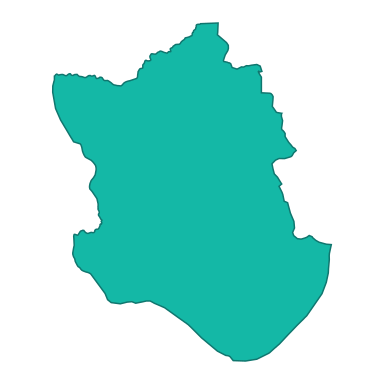 Wusab As Safil, Dhamar, Yemen (Albers equal-area conic projection)
{"feature_id": "15242507B36986908452393", "entity_name": "Wusab As Safil", "entity_type": "district", "adm_level": 2, "iso_a3": "YEM", "parent_name": "Yemen", "parent_adm1": "Dhamar", "projection": "albers", "projection_center": [43.602, 14.25], "detail": "fine", "context": "isolated", "style": "filled", "palette": "teal", "viewbox_px": 384, "rotation_deg": 0, "n_neighbors": 0, "source": "geoboundaries", "source_scale": "gbopen_adm2", "svg_char_len": 5687}
<svg xmlns="http://www.w3.org/2000/svg" viewBox="0 0 384 384"><path d="M331.3,244.6L326.3,244.2L319.0,242.2L315.7,240.3L312.7,237.7L312.2,236.8L311.3,236.4L310.6,236.0L309.9,235.9L309.2,235.5L306.9,237.2L304.9,238.0L301.2,239.1L297.4,238.7L293.7,235.6L293.3,234.4L292.6,232.5L294.5,228.0L293.9,221.4L290.4,213.1L288.6,206.5L287.6,202.7L285.8,201.9L284.2,201.3L282.8,194.5L282.0,192.3L279.0,186.3L281.7,184.0L281.6,183.9L278.7,179.2L277.5,177.2L274.3,173.9L272.9,168.5L272.0,163.8L272.9,162.8L274.4,161.3L275.4,160.2L279.0,158.5L284.6,158.6L290.9,156.7L292.1,155.7L293.8,152.7L296.2,150.6L294.9,148.5L292.6,147.1L290.9,144.8L289.1,142.8L288.6,142.2L285.1,136.6L285.1,133.4L284.4,132.4L284.0,131.7L282.9,130.5L282.2,130.0L281.7,129.3L281.6,127.9L282.0,125.4L282.6,120.7L281.4,116.4L281.5,113.5L281.7,113.3L277.5,112.6L276.4,112.3L273.4,107.9L272.3,106.5L272.9,100.2L273.1,96.7L272.3,95.0L271.0,93.6L270.2,93.3L269.5,93.2L261.4,92.8L261.4,92.7L261.4,77.2L259.0,73.3L258.6,72.3L258.3,71.8L258.8,71.2L259.7,72.0L261.9,71.4L260.2,66.1L257.5,64.8L256.8,64.5L251.5,65.2L248.7,65.8L246.3,65.7L245.2,66.3L243.5,67.1L241.4,66.9L237.1,69.1L232.1,67.5L230.7,63.7L229.5,62.9L228.5,62.8L227.2,62.2L223.8,61.5L223.4,60.5L224.0,58.6L225.2,55.0L227.8,50.6L228.4,48.4L228.3,45.3L226.5,42.6L217.4,34.8L217.7,32.5L218.1,23.0L200.5,23.7L200.3,24.0L199.9,24.2L199.4,24.3L198.2,24.3L197.5,24.4L196.9,24.6L196.5,24.9L196.3,25.2L196.2,25.8L196.3,26.5L196.0,27.3L195.8,27.8L195.7,28.3L195.5,29.1L195.2,29.4L194.7,29.8L194.1,30.2L193.7,30.6L193.5,31.1L193.4,31.8L193.3,32.3L192.7,32.5L192.3,33.3L192.2,34.0L192.2,34.6L192.0,35.3L191.8,35.7L191.3,35.9L190.8,36.0L190.3,36.2L190.0,36.6L189.5,36.8L188.7,37.0L187.8,37.3L186.6,37.6L186.0,37.7L185.3,37.9L185.0,38.2L184.8,38.7L184.6,39.1L183.8,39.9L183.4,40.1L182.7,40.6L181.5,41.6L180.8,42.5L180.5,43.2L179.7,44.0L179.2,44.3L178.6,44.3L176.7,44.4L175.9,44.5L175.5,44.6L174.9,45.0L174.0,45.8L173.6,45.9L173.3,46.1L173.0,46.5L172.6,47.3L172.2,47.7L171.5,47.9L171.0,48.2L170.5,48.5L170.3,48.7L170.3,49.0L170.3,49.5L170.4,49.9L170.7,50.6L170.8,51.0L170.8,51.3L170.7,51.6L170.3,51.7L169.8,51.7L169.3,51.6L168.9,51.6L168.5,51.8L168.2,52.1L167.9,52.3L167.6,52.7L167.3,53.0L166.9,53.1L166.1,52.9L165.3,52.7L164.5,52.5L163.5,52.2L162.8,51.8L162.0,51.5L161.5,51.3L160.8,51.2L160.4,51.1L160.1,51.1L159.7,51.4L159.3,51.7L158.6,52.0L157.8,52.3L156.7,53.3L156.2,53.7L155.6,54.1L155.2,54.2L153.7,54.0L152.9,53.9L152.2,53.8L151.6,53.8L151.2,54.0L150.9,54.4L150.6,55.0L150.0,55.9L149.9,56.3L149.9,56.8L150.0,57.4L150.2,58.1L150.4,58.5L150.6,59.0L150.8,59.6L150.8,60.0L150.5,60.3L150.0,60.7L149.4,60.8L148.6,60.9L147.8,60.9L147.2,60.8L146.1,60.3L145.5,60.4L145.1,60.7L144.9,61.2L144.5,62.4L144.1,63.5L143.5,64.1L143.0,64.6L142.8,65.3L142.8,65.9L142.8,66.8L142.8,67.6L142.7,68.0L142.3,68.2L141.5,68.4L140.3,68.6L139.7,69.0L139.0,70.0L138.9,70.4L138.7,70.7L138.2,71.4L138.0,72.1L138.0,73.0L137.7,74.6L137.5,77.1L137.1,77.8L137.0,78.0L136.5,78.5L129.3,80.9L128.4,81.0L126.2,81.7L124.3,82.7L123.3,83.7L122.2,85.0L121.2,85.8L120.3,85.9L119.0,85.7L117.2,85.6L115.6,85.2L114.0,84.9L112.7,84.2L111.3,82.9L110.1,82.0L108.6,81.0L107.6,80.5L104.8,80.6L104.0,80.3L103.3,79.5L102.7,78.6L102.1,77.7L101.0,77.2L99.9,77.2L99.0,77.9L98.4,78.2L97.6,78.4L96.6,78.5L95.9,77.8L95.4,76.5L94.9,75.7L94.4,75.4L93.6,75.6L92.8,76.0L91.3,76.1L90.2,75.5L88.8,75.6L87.6,76.3L86.6,77.1L85.9,77.5L84.2,77.5L82.8,76.9L81.0,76.5L79.7,76.5L78.6,75.9L77.8,75.2L77.1,74.4L74.9,74.5L73.8,74.9L73.3,75.4L72.0,75.4L71.0,74.8L70.5,73.9L69.9,73.7L68.5,74.1L67.3,75.1L66.6,75.6L65.8,75.7L64.5,75.3L63.7,74.8L62.8,74.5L61.5,74.5L60.0,74.7L59.2,75.0L58.4,75.1L57.7,74.5L56.7,74.1L55.8,74.6L55.2,75.4L54.5,76.2L54.4,76.2L54.4,80.0L53.9,81.6L52.8,86.0L52.7,92.2L54.6,103.0L55.6,108.6L60.6,120.0L65.0,127.4L65.2,127.7L68.0,132.4L69.5,135.0L69.9,135.6L70.4,136.5L71.7,138.6L71.8,138.7L73.6,141.8L80.3,143.9L81.0,145.0L81.8,147.3L82.5,151.1L83.2,153.1L84.1,155.1L85.3,157.0L86.2,157.6L91.2,160.3L93.1,162.2L94.3,163.7L95.6,165.6L96.1,168.0L96.1,170.0L96.0,170.5L95.2,174.8L93.5,177.7L91.2,180.5L90.0,183.6L89.6,185.7L89.5,187.0L89.8,188.9L92.1,191.5L96.9,198.6L98.1,203.8L98.1,206.0L98.0,206.6L98.0,207.1L98.1,207.6L98.2,208.6L98.0,208.8L98.2,209.8L98.6,210.3L99.0,211.2L99.2,211.9L99.2,212.7L99.2,213.2L98.5,214.1L98.5,214.8L98.6,215.5L99.0,216.0L99.5,216.7L100.1,217.7L100.5,218.6L100.8,219.1L101.5,219.7L101.9,220.2L101.8,220.5L101.4,220.9L101.2,221.5L101.5,222.0L101.8,222.8L101.5,223.6L101.3,224.1L100.6,224.0L100.1,224.5L100.1,225.4L99.9,226.0L99.0,228.0L98.2,229.0L97.3,229.3L96.6,229.2L95.7,229.5L94.9,230.3L94.7,231.6L94.0,232.5L92.9,232.7L91.7,232.4L91.0,232.4L89.6,232.9L88.1,233.4L87.0,233.3L85.6,232.5L84.6,231.5L83.8,230.4L82.7,230.3L81.8,230.7L80.8,231.0L80.2,231.5L79.2,233.1L78.2,234.7L77.7,235.2L76.8,235.0L76.0,234.7L74.8,234.3L74.1,234.5L73.7,236.2L73.9,238.9L74.2,245.4L73.6,248.0L72.8,252.8L72.8,254.1L73.3,256.0L73.8,257.2L74.7,258.7L75.3,261.5L77.2,265.2L78.0,266.5L78.9,267.1L79.9,267.8L80.7,269.0L81.7,270.1L83.1,270.9L85.7,271.9L88.0,272.5L89.4,273.1L90.6,273.8L91.0,274.3L101.5,288.6L104.0,292.0L105.1,293.5L107.6,299.7L111.2,302.6L111.9,302.7L120.3,303.8L127.2,302.1L131.9,301.7L135.7,303.2L142.3,301.9L146.3,301.0L150.2,301.0L153.2,302.6L154.2,303.2L155.4,303.7L164.6,307.7L177.8,317.2L188.3,324.7L188.9,325.3L189.1,325.4L189.3,325.7L190.6,326.9L201.6,337.9L217.4,351.1L225.7,355.4L228.5,355.8L230.0,356.6L233.2,360.6L245.6,361.0L256.8,359.2L268.7,353.3L269.6,352.7L274.1,348.6L279.5,343.9L288.0,334.8L297.1,325.3L304.1,318.4L304.3,318.1L306.7,315.8L322.0,293.7L326.3,282.3L328.3,272.9L328.5,268.7L329.3,259.7L329.2,255.6L329.4,253.4L331.3,244.6Z" fill="#14b8a6" stroke="#0f766e" stroke-width="1.5"/></svg>